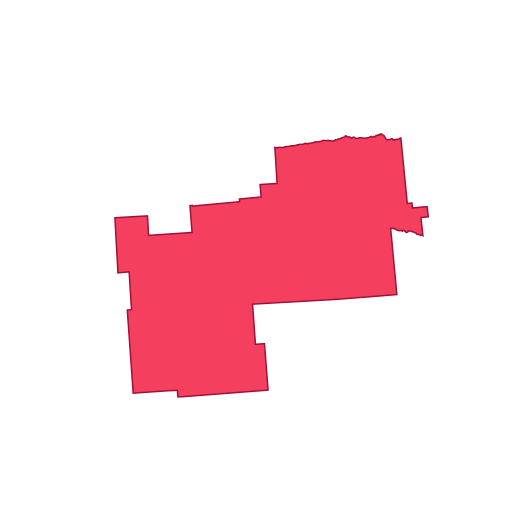 outline of Adolfo Gonzáles Chaves, Buenos Aires, Argentina, rotated 311°
{"feature_id": "61730980B59817068959156", "entity_name": "Adolfo Gonzáles Chaves", "entity_type": "district", "adm_level": 2, "iso_a3": "ARG", "parent_name": "Argentina", "parent_adm1": "Buenos Aires", "projection": "mercator", "projection_center": [-59.838, -37.941], "detail": "fine", "context": "isolated", "style": "filled", "palette": "rose", "viewbox_px": 512, "rotation_deg": 311, "n_neighbors": 0, "source": "geoboundaries", "source_scale": "gbopen_adm2", "svg_char_len": 5856}
<svg xmlns="http://www.w3.org/2000/svg" viewBox="0 0 512 512"><g transform="rotate(311 256 256)"><path d="M381.0,368.5L393.2,355.2L398.6,360.3L405.5,352.7L394.9,342.5L398.3,338.9L394.9,335.7L440.1,287.9L439.8,287.7L439.6,287.6L439.5,287.4L439.1,287.4L438.8,287.3L438.4,287.2L438.1,287.1L437.8,287.1L437.4,286.7L437.2,286.5L437.0,286.2L436.8,286.1L436.5,285.9L436.3,285.7L436.1,285.5L435.8,285.1L435.5,284.9L435.3,284.6L435.0,284.5L434.7,284.4L434.3,284.4L434.1,284.4L434.0,284.2L434.0,283.9L434.0,283.7L433.8,283.4L433.7,283.2L433.7,282.9L433.7,282.6L433.9,282.3L434.0,282.1L433.8,281.8L433.6,281.6L433.2,281.3L433.0,281.1L432.7,280.9L432.4,280.7L432.0,280.6L431.8,280.5L431.5,280.4L431.4,280.3L431.2,280.2L430.8,279.8L430.6,279.6L430.4,279.4L430.2,279.1L429.8,278.8L429.6,278.7L429.6,278.2L429.6,277.9L429.6,277.2L429.7,276.8L430.0,276.4L430.1,275.9L430.2,275.3L430.4,274.7L430.6,274.4L430.8,273.9L430.8,273.3L430.7,272.8L430.5,272.5L430.3,272.0L430.3,271.5L430.5,271.1L430.5,270.6L430.2,270.4L429.7,270.3L429.6,269.9L429.3,269.6L428.8,269.6L428.6,269.8L428.2,269.7L427.8,269.5L427.6,269.1L427.6,268.7L427.1,268.7L426.5,268.4L426.3,268.2L426.1,267.9L425.9,267.5L425.5,267.6L425.1,267.7L424.6,267.6L424.3,267.4L423.8,267.4L423.5,267.2L423.5,266.9L423.6,266.6L423.4,266.3L423.0,266.2L422.6,266.0L422.0,265.8L421.7,265.5L421.6,265.2L421.7,264.9L421.8,264.5L421.5,264.2L420.8,264.0L420.1,263.7L419.5,263.4L419.0,263.1L418.6,262.7L418.1,262.4L417.7,262.1L417.3,261.7L416.9,261.6L416.6,261.2L416.3,260.9L416.1,260.4L415.7,260.0L415.5,259.8L415.1,259.3L414.9,259.0L414.7,258.8L414.6,258.4L414.5,257.9L414.2,257.6L413.8,257.3L413.6,256.9L413.2,256.5L412.8,256.3L412.3,256.0L411.7,255.7L411.4,255.3L411.0,255.1L410.7,254.7L410.4,254.3L410.2,253.7L410.1,253.1L410.1,252.5L410.0,252.0L409.6,251.6L409.2,251.3L408.7,251.1L408.2,251.1L407.6,250.9L407.5,250.6L407.5,250.0L407.3,249.5L407.3,249.1L407.3,248.4L406.9,248.1L406.4,247.8L406.3,247.4L406.2,247.0L406.0,246.6L406.0,246.1L405.8,245.8L405.8,245.4L405.7,245.0L405.3,244.8L405.2,244.6L404.6,244.8L404.3,244.9L403.7,244.7L403.4,244.4L403.0,244.1L402.6,243.9L402.3,243.7L401.9,243.4L401.4,243.2L400.9,243.0L400.7,242.8L400.3,242.8L399.7,242.5L399.5,242.3L399.1,242.0L398.7,241.7L398.3,241.4L397.8,241.1L397.4,241.1L396.9,241.1L396.7,240.8L396.6,240.5L396.2,240.1L396.0,239.7L395.7,239.6L395.4,239.6L395.1,239.6L394.7,239.6L394.2,239.3L393.7,239.0L393.3,238.5L392.9,238.2L392.4,237.7L392.1,237.3L392.0,236.6L391.6,236.2L391.1,235.7L390.8,235.2L390.8,234.8L390.4,234.4L389.8,234.0L389.6,233.6L389.2,233.2L388.8,232.8L388.6,232.5L388.4,232.2L388.0,231.8L387.7,231.3L387.5,231.0L387.1,230.8L386.7,230.4L386.2,230.2L385.8,230.1L385.3,230.0L384.9,229.7L384.5,229.2L383.8,228.8L383.5,228.5L383.1,228.0L382.7,227.7L382.5,227.4L382.0,227.0L381.7,226.6L381.2,226.1L380.8,225.6L380.2,225.4L379.5,225.1L378.8,224.9L378.6,224.5L378.1,224.2L377.7,223.8L377.4,223.4L376.8,223.0L376.5,222.6L376.0,222.3L375.7,222.0L375.2,221.8L374.6,221.3L374.2,220.9L374.0,220.5L373.9,220.2L373.5,219.6L373.4,219.2L372.9,219.1L372.4,218.8L372.0,218.6L371.9,218.5L371.7,218.5L371.3,218.3L371.1,218.1L370.9,218.0L370.7,217.7L370.3,217.3L370.1,217.2L369.9,216.9L369.8,216.7L369.5,216.3L369.1,216.0L368.8,215.8L368.6,215.5L368.2,215.3L367.9,215.1L367.6,214.7L367.3,214.5L367.1,214.3L366.8,214.2L366.5,213.9L366.2,213.8L365.9,213.6L365.6,213.5L365.3,213.2L365.2,213.0L365.1,212.9L364.8,212.9L364.5,212.7L364.1,212.4L363.8,212.2L363.7,211.9L363.4,211.7L363.2,211.5L363.2,211.2L362.7,210.8L362.5,210.7L362.4,210.4L362.0,210.1L361.8,209.9L361.7,209.8L361.6,209.7L361.2,209.5L360.8,209.3L360.4,209.1L360.2,208.8L359.9,208.6L359.6,208.2L359.3,207.9L358.9,207.6L358.7,207.4L358.6,207.1L358.1,206.9L357.9,206.6L357.8,206.4L357.6,206.2L357.3,206.2L356.9,206.3L356.5,205.8L356.3,205.6L356.0,205.5L355.7,205.1L355.3,204.9L355.0,204.5L354.8,204.2L354.5,203.9L354.2,203.4L353.9,203.1L353.6,202.8L353.4,202.6L353.2,202.3L353.1,202.1L352.8,201.8L352.4,201.7L352.0,201.5L351.8,201.3L351.5,201.1L351.3,200.8L351.1,200.5L350.9,200.1L350.8,199.8L350.5,199.6L350.3,199.5L350.1,199.3L350.1,199.2L324.6,224.3L312.6,212.2L303.9,221.1L288.1,206.1L286.2,208.0L252.1,175.4L252.5,174.8L250.7,173.1L231.8,192.3L201.1,161.4L215.1,147.8L192.3,124.4L152.7,162.9L160.8,170.6L133.8,197.3L130.8,194.3L71.9,253.3L97.0,278.4L101.2,282.9L103.0,284.8L98.4,289.5L101.2,292.5L121.5,312.5L162.7,353.1L195.4,319.9L189.0,313.5L217.4,285.0L278.8,347.9L319.3,387.6L365.2,339.5L365.4,339.8L365.6,340.1L365.9,340.4L366.2,340.7L366.5,341.1L366.7,341.4L367.0,341.7L367.1,342.1L367.3,342.5L367.5,343.1L367.5,343.3L367.5,343.5L367.7,343.8L367.8,344.1L367.8,344.3L367.9,344.6L367.9,344.9L367.9,345.2L368.1,345.6L368.2,346.0L368.5,346.2L368.7,346.5L368.8,346.9L368.9,347.4L369.2,347.8L369.6,348.0L369.9,348.1L370.1,348.5L370.2,348.8L370.4,349.0L370.7,349.0L370.9,349.1L370.7,349.3L370.8,349.5L370.7,349.7L370.8,350.1L370.9,350.3L371.1,350.3L371.4,350.2L371.5,350.3L372.0,350.6L372.1,350.8L372.2,351.0L372.3,351.2L372.3,351.6L372.4,352.0L372.6,352.3L372.6,352.7L372.5,353.0L372.3,353.3L372.3,353.6L372.5,353.9L372.6,354.2L372.9,354.5L373.1,354.6L373.4,354.7L373.7,354.8L374.1,354.8L374.4,354.8L374.6,354.9L375.0,354.9L375.3,355.0L375.5,355.2L375.7,355.5L375.8,355.8L375.9,356.1L376.2,356.4L376.3,356.8L376.4,357.0L376.6,357.3L376.8,357.5L377.0,357.8L377.0,358.2L377.0,358.4L377.1,358.5L377.3,358.8L377.3,359.0L377.5,359.4L377.5,359.7L377.5,359.8L377.6,360.0L377.7,360.4L377.9,360.5L378.1,360.7L378.1,360.9L378.1,361.2L378.1,361.5L378.3,362.0L378.3,362.3L378.2,362.4L378.0,362.6L378.0,362.9L378.0,363.2L378.2,363.4L378.4,363.7L378.6,363.9L378.8,364.2L378.8,364.5L379.0,365.0L379.3,365.3L379.3,365.6L379.4,365.8L379.4,366.0L379.5,366.4L379.7,366.6L379.8,366.8L380.0,367.1L380.3,367.3L380.5,367.5L380.7,367.8L380.9,368.1L381.0,368.4L381.0,368.5Z" fill="#f43f5e" stroke="#9f1239" stroke-width="1.5"/></g></svg>